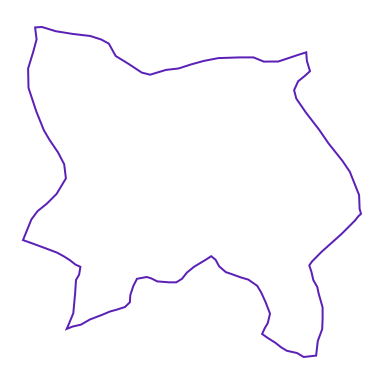 Upplands Väsby, Stockholm, Sweden (Albers equal-area conic projection)
{"feature_id": "70781695B23311697219676", "entity_name": "Upplands Väsby", "entity_type": "district", "adm_level": 2, "iso_a3": "SWE", "parent_name": "Sweden", "parent_adm1": "Stockholm", "projection": "albers", "projection_center": [17.909, 59.524], "detail": "fine", "context": "isolated", "style": "outline", "palette": "violet", "viewbox_px": 384, "rotation_deg": 0, "n_neighbors": 0, "source": "geoboundaries", "source_scale": "gbopen_adm2", "svg_char_len": 1509}
<svg xmlns="http://www.w3.org/2000/svg" viewBox="0 0 384 384"><path d="M23.0,240.1L34.5,244.2L57.0,252.6L63.6,256.2L69.8,260.1L75.5,264.6L80.4,266.8L79.1,274.7L76.0,280.0L75.1,293.7L73.3,313.2L68.4,325.1L66.7,328.9L72.8,326.5L80.8,324.7L90.1,319.4L102.9,314.5L110.0,311.5L116.6,309.7L125.0,307.0L129.9,302.2L130.3,295.1L133.4,285.8L137.0,278.8L146.7,277.0L151.1,278.3L157.3,281.4L168.8,282.3L176.3,282.3L182.0,278.8L186.9,272.6L194.0,266.8L205.0,260.2L211.2,256.2L215.6,259.8L219.2,266.4L225.8,272.1L231.1,273.9L240.8,277.4L248.3,279.6L257.2,285.8L261.2,292.5L265.6,302.2L270.0,313.7L267.8,323.0L264.7,328.3L262.1,334.0L267.8,338.0L275.4,342.8L281.1,347.3L286.9,350.8L297.0,353.0L303.7,357.0L315.9,355.6L316.1,355.6L317.8,341.0L322.2,329.1L322.6,318.9L322.6,307.4L318.6,293.3L317.3,287.1L313.3,280.0L311.5,272.1L309.3,265.4L312.0,261.5L321.7,251.7L341.5,234.0L355.2,220.3L358.3,216.3L361.0,213.9L359.6,208.8L359.1,195.1L349.8,171.7L342.3,160.7L328.6,143.5L318.9,129.4L306.0,112.7L296.3,98.6L294.1,90.2L298.1,81.3L304.7,76.0L310.0,71.2L306.9,61.0L306.2,52.3L296.9,55.3L278.3,61.5L263.8,61.6L253.5,57.4L239.7,57.4L218.3,58.1L203.9,60.9L191.5,64.3L178.4,68.5L166.0,69.9L150.1,74.7L141.8,72.6L128.1,63.6L115.7,56.0L108.8,43.6L101.2,39.5L90.2,36.0L73.0,34.0L55.7,31.2L42.0,27.0L35.2,27.4L35.2,28.4L36.6,39.4L33.0,52.6L28.1,68.5L28.5,87.9L36.4,111.7L43.9,130.3L49.6,140.0L58.0,152.4L64.2,164.3L65.9,178.4L56.6,193.9L46.9,203.6L37.6,211.1L31.4,219.4L23.0,240.1Z" fill="none" stroke="#5b21b6" stroke-width="2"/></svg>